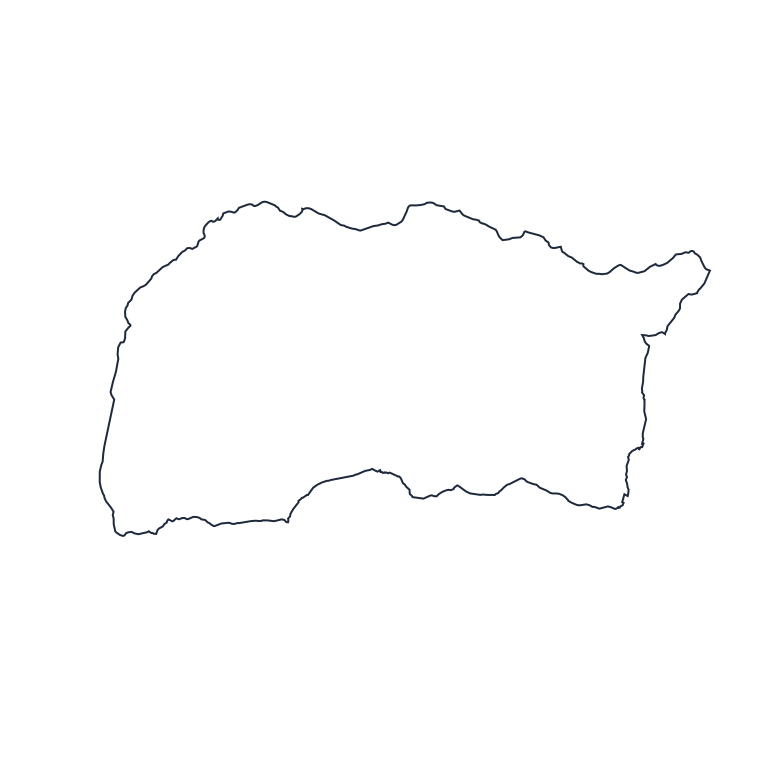 the district of Mateesti, Vâlcea, Romania, rotated 112°
{"feature_id": "2599482B65996963164796", "entity_name": "Mateesti", "entity_type": "district", "adm_level": 2, "iso_a3": "ROU", "parent_name": "Romania", "parent_adm1": "Vâlcea", "projection": "natural_earth1", "projection_center": [23.859, 45.065], "detail": "fine", "context": "isolated", "style": "outline", "palette": "slate", "viewbox_px": 768, "rotation_deg": 112, "n_neighbors": 0, "source": "geoboundaries", "source_scale": "gbopen_adm2", "svg_char_len": 6166}
<svg xmlns="http://www.w3.org/2000/svg" viewBox="0 0 768 768"><g transform="rotate(112 384 384)"><path d="M615.4,582.0L621.2,578.0L621.9,576.7L622.9,572.1L622.6,569.0L621.6,567.9L618.8,567.2L617.2,565.4L615.7,562.6L616.0,559.6L615.3,555.5L609.9,547.7L608.7,547.0L609.3,543.9L608.8,542.7L609.1,541.5L608.4,539.1L604.7,539.3L602.4,538.6L599.0,535.8L596.0,535.1L594.0,533.6L591.8,533.7L590.3,533.2L590.6,528.7L589.9,528.0L586.3,526.2L586.2,523.3L583.9,520.9L582.9,518.7L583.2,516.5L582.8,515.2L578.6,511.0L577.4,507.4L577.3,504.5L577.9,502.7L577.1,498.9L578.4,495.4L578.4,493.8L579.2,491.2L579.5,488.5L578.8,487.4L574.3,482.6L571.1,476.6L570.5,474.6L570.7,473.3L570.1,470.8L567.6,467.4L567.1,466.0L560.9,455.9L558.8,451.7L557.8,448.3L556.5,445.8L555.8,445.3L555.0,443.2L554.0,440.6L552.4,434.5L547.8,428.1L547.4,425.5L548.6,422.8L548.2,421.2L547.0,421.3L544.6,422.5L541.9,421.5L539.5,422.1L533.9,421.3L525.6,418.9L524.5,419.5L521.5,417.8L520.4,417.6L519.7,416.5L515.7,413.9L515.4,412.9L506.6,410.8L502.3,408.0L498.6,404.7L495.1,400.6L494.4,399.0L492.9,397.3L480.9,378.7L479.8,377.3L478.9,376.7L477.7,374.9L471.6,368.9L469.0,364.9L467.1,363.1L467.6,359.6L467.7,357.3L466.5,356.2L466.4,355.1L465.6,355.6L465.3,355.3L465.7,354.9L466.6,354.8L466.9,354.2L466.4,352.5L466.8,352.2L466.8,351.7L466.2,350.5L465.7,350.3L465.7,349.3L465.2,348.8L465.2,346.7L464.0,345.5L464.4,337.4L464.7,336.9L464.1,335.6L464.2,334.9L465.2,332.9L468.8,329.4L469.4,327.2L471.2,324.3L472.4,320.8L476.3,318.9L477.4,316.0L478.2,315.2L475.5,304.5L469.9,299.1L469.3,297.8L469.2,295.3L468.4,293.1L465.3,291.8L461.9,289.3L459.1,286.3L457.9,284.5L457.5,282.4L455.4,280.2L453.6,280.0L450.7,278.2L450.5,277.7L451.0,275.2L452.9,267.8L453.2,263.3L450.8,253.4L449.1,250.1L448.6,247.9L445.4,239.7L444.0,239.1L442.3,237.2L440.1,236.6L439.0,235.8L434.8,234.0L431.3,232.1L429.7,230.1L420.9,222.4L419.8,221.0L419.8,217.8L420.9,215.4L421.1,213.6L420.8,207.4L420.2,205.0L421.8,200.6L421.9,193.4L422.7,188.7L422.4,186.9L421.1,183.7L420.2,180.6L420.2,176.7L420.9,173.7L422.7,169.9L423.3,169.3L423.8,165.5L423.9,159.9L423.3,157.3L419.8,151.4L419.4,148.1L419.9,144.6L419.1,143.1L418.9,137.6L413.6,130.5L413.2,127.1L413.4,123.2L412.2,121.5L410.3,120.7L410.3,120.4L410.8,119.9L410.4,119.1L408.8,118.9L407.1,117.3L404.4,117.4L404.3,118.9L396.2,119.8L396.6,116.1L392.8,116.8L390.1,117.8L388.6,119.4L385.6,121.1L382.3,123.9L379.4,123.8L377.2,125.7L373.7,126.1L369.0,128.4L362.7,128.6L360.1,130.4L358.6,130.0L357.0,130.4L353.0,128.7L350.3,126.2L349.2,125.7L347.6,123.9L347.8,123.3L348.9,123.1L348.9,122.8L346.5,122.4L345.9,121.8L345.8,121.0L341.1,121.1L342.6,121.8L342.8,122.3L337.7,123.0L335.9,124.4L332.8,125.6L318.4,127.8L311.8,132.5L304.0,135.3L302.1,136.3L301.1,136.3L300.4,137.6L299.4,138.3L297.0,138.6L295.2,141.6L293.5,142.0L291.9,143.1L284.9,144.6L280.2,146.3L261.9,151.4L256.5,151.1L250.0,152.2L249.3,152.5L248.4,155.7L247.0,158.1L244.2,160.2L241.9,163.0L240.7,159.2L240.4,156.7L238.2,152.7L236.8,150.4L234.0,148.4L232.0,146.0L231.8,144.8L232.4,142.1L231.1,142.4L228.1,142.0L224.3,142.8L214.2,139.8L210.4,139.7L205.9,138.2L203.9,137.9L202.8,137.9L198.6,139.6L194.2,139.4L186.5,135.4L185.9,132.3L182.5,127.7L181.7,127.9L178.3,127.3L176.8,126.5L170.7,124.6L156.7,124.3L156.9,127.9L156.6,129.0L155.8,130.4L151.0,135.8L148.2,138.3L146.7,142.1L146.4,144.8L145.2,146.4L145.1,147.6L145.4,148.5L146.1,149.5L148.2,150.7L149.0,154.0L151.8,156.7L154.6,162.0L158.8,163.2L165.8,166.9L169.2,170.1L171.2,172.7L171.6,173.9L171.7,175.4L171.5,176.5L171.0,177.1L175.7,181.3L181.8,184.7L185.5,189.6L186.3,191.4L186.4,195.2L186.8,198.9L184.9,208.9L185.1,209.7L186.7,211.4L190.8,214.3L195.7,216.7L198.1,218.6L200.6,223.1L201.2,225.8L202.3,228.4L202.6,234.2L202.3,236.8L200.2,243.0L199.4,243.7L198.1,244.0L198.0,245.4L198.8,247.5L198.5,248.9L198.5,250.5L196.4,257.2L196.4,261.0L194.7,266.6L194.8,267.8L193.7,269.1L190.5,271.5L194.0,276.7L194.7,278.8L194.8,280.3L193.4,283.1L191.1,284.5L190.5,287.8L188.8,290.2L188.2,291.5L188.0,295.8L189.4,306.8L189.5,310.2L190.3,310.8L194.1,311.0L196.9,312.4L200.5,319.7L202.8,322.0L206.2,327.9L204.9,331.2L203.6,333.3L200.3,336.5L199.1,338.3L198.6,346.3L198.0,349.2L198.1,352.7L198.4,353.1L198.2,354.8L198.1,355.8L196.9,357.2L197.2,360.3L197.9,363.2L197.8,373.1L197.3,374.8L194.9,378.9L197.6,382.7L198.2,383.7L198.5,385.6L198.7,392.5L196.9,394.9L198.5,402.0L197.7,406.4L198.3,409.0L200.0,412.2L202.1,413.8L204.4,417.2L206.4,421.1L208.2,425.8L209.2,427.2L211.2,427.8L215.9,427.6L225.2,428.1L227.1,428.8L231.9,432.3L232.9,433.9L233.2,435.6L232.8,440.5L234.9,442.8L236.6,445.8L239.2,448.9L241.5,452.9L250.5,463.2L250.9,464.8L251.0,468.2L251.9,472.0L252.4,477.7L252.1,480.3L252.8,483.6L251.1,491.2L249.7,502.0L250.4,508.2L249.1,516.8L249.2,519.4L250.1,522.0L252.1,524.3L252.2,525.5L253.8,524.6L255.2,524.7L258.2,525.9L262.0,528.6L262.9,530.9L263.1,533.1L263.7,534.6L263.4,538.4L262.2,542.3L262.3,545.4L260.2,548.3L259.8,550.8L259.2,552.2L259.2,561.1L259.8,563.3L261.0,565.0L265.6,568.3L267.3,570.2L267.7,571.3L267.1,573.1L267.2,574.6L267.7,576.1L268.9,577.8L275.0,584.5L277.8,585.0L280.7,586.4L281.3,587.3L281.5,590.1L282.2,592.7L286.0,596.9L288.2,596.6L292.9,597.4L293.5,598.0L293.8,599.5L292.7,600.2L295.9,601.4L297.0,602.2L297.6,603.4L297.3,605.2L298.1,606.2L300.4,607.6L304.9,609.2L306.9,609.3L310.1,608.6L311.3,608.0L313.8,605.7L315.2,605.3L316.4,605.7L320.0,608.8L321.3,609.3L325.7,608.9L326.7,609.1L330.6,612.4L330.6,615.1L331.9,617.4L334.9,618.6L337.2,620.6L342.7,622.7L346.7,623.4L347.5,625.2L348.3,625.9L352.3,628.1L353.9,628.6L358.5,633.0L366.3,636.7L368.2,638.5L371.3,639.5L373.3,639.2L381.1,641.9L383.4,643.6L385.7,646.1L392.9,649.5L396.4,650.2L400.4,649.8L404.7,651.6L407.3,651.2L410.3,651.9L414.0,651.2L418.6,649.0L421.0,645.9L423.2,643.9L424.1,641.5L425.0,640.9L427.3,642.0L432.2,643.5L438.6,641.2L442.0,641.0L442.9,641.2L444.2,643.7L449.5,644.2L456.4,642.1L460.1,639.8L473.2,637.1L483.6,636.1L493.9,634.5L496.2,632.7L499.5,628.3L545.8,620.1L553.0,618.4L561.4,615.8L564.8,615.8L571.7,614.7L581.5,610.8L586.1,607.8L591.2,603.3L592.2,601.8L594.3,600.5L595.9,598.8L597.0,597.5L600.9,590.8L603.7,586.9L607.2,586.4L609.8,584.4L615.4,582.0Z" fill="none" stroke="#1e293b" stroke-width="2"/></g></svg>